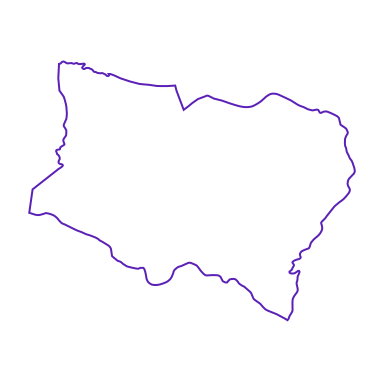 the district of Aramecina, Valle, Honduras, rotated 274°
{"feature_id": "27666195B66529854122091", "entity_name": "Aramecina", "entity_type": "district", "adm_level": 2, "iso_a3": "HND", "parent_name": "Honduras", "parent_adm1": "Valle", "projection": "robinson", "projection_center": [-87.695, 13.733], "detail": "fine", "context": "isolated", "style": "outline", "palette": "violet", "viewbox_px": 384, "rotation_deg": 274, "n_neighbors": 0, "source": "geoboundaries", "source_scale": "gbopen_adm2", "svg_char_len": 5971}
<svg xmlns="http://www.w3.org/2000/svg" viewBox="0 0 384 384"><g transform="rotate(274 192 192)"><path d="M310.5,50.4L296.0,50.7L283.9,52.7L278.0,57.5L274.4,58.9L271.1,60.0L267.9,60.8L261.5,61.7L258.3,61.7L256.0,61.5L251.7,59.9L250.4,59.5L249.6,59.4L248.9,59.5L248.3,59.8L246.7,61.1L244.8,62.2L244.1,62.4L242.3,62.5L240.5,62.5L239.6,62.4L238.3,61.7L236.4,60.5L235.7,60.2L235.0,60.0L234.3,60.1L233.6,60.2L231.2,61.3L230.8,61.4L230.5,61.4L229.8,60.8L228.9,59.4L227.4,57.6L225.4,57.2L225.1,56.6L224.9,55.2L224.5,54.2L224.0,53.7L223.4,53.6L220.3,54.9L220.1,55.1L219.9,55.7L219.2,56.4L218.2,57.1L217.0,57.6L216.3,57.7L215.6,57.7L215.2,57.6L214.4,57.1L213.2,56.8L212.4,56.8L211.8,57.0L211.2,57.5L210.9,58.2L210.6,59.2L210.6,60.2L210.3,60.7L209.9,61.2L209.4,61.3L208.8,61.0L208.2,60.5L206.5,58.5L205.8,57.4L183.5,32.8L159.9,31.1L159.5,32.8L158.5,36.8L158.3,38.2L158.2,39.7L158.3,40.9L158.7,42.3L159.6,44.9L160.5,47.0L160.8,47.8L160.7,48.8L160.5,50.4L159.9,53.2L159.3,54.8L158.9,55.9L158.4,56.8L157.2,58.5L156.2,59.7L154.4,61.3L153.2,62.6L151.9,64.1L151.5,65.0L150.8,67.2L150.1,68.9L146.5,77.7L145.4,80.7L144.2,84.9L142.6,89.0L141.7,93.0L140.7,96.3L139.9,98.8L139.0,100.8L138.6,101.6L137.4,103.1L135.9,106.4L132.9,112.1L132.4,112.9L131.7,113.7L130.6,114.6L129.4,115.2L122.9,116.6L122.4,116.8L121.4,118.1L118.2,122.6L118.0,123.2L117.7,124.7L117.4,125.5L116.8,126.5L115.3,128.5L114.4,130.2L113.4,132.0L113.0,133.5L112.1,138.8L111.7,142.5L111.7,143.5L111.8,144.0L112.5,145.4L112.8,146.5L112.9,148.3L112.9,148.7L112.7,149.0L112.2,149.5L111.4,150.0L109.1,150.9L106.1,151.8L102.7,152.6L101.7,153.0L100.5,153.6L99.4,154.3L98.4,155.4L97.6,156.7L96.9,158.1L96.7,159.6L96.6,161.3L96.7,162.6L97.2,165.3L97.6,166.6L98.6,169.2L99.8,171.7L100.4,172.9L101.4,174.2L102.5,175.4L103.5,176.3L104.5,176.9L106.0,177.7L107.8,178.3L109.5,178.9L111.2,179.2L112.2,179.5L113.4,180.3L114.8,181.7L115.8,182.8L116.3,183.7L116.7,184.5L117.3,186.3L120.8,192.8L121.3,194.2L121.3,194.9L121.2,195.7L120.5,197.9L119.4,200.9L118.9,201.9L117.5,203.3L113.7,206.5L110.9,209.6L110.4,210.4L110.0,211.1L109.9,211.8L109.8,212.6L110.4,217.2L110.7,221.4L110.7,223.2L110.5,224.4L110.0,225.5L109.3,226.4L105.2,228.9L104.5,230.5L104.2,231.3L104.1,232.0L104.1,232.8L104.3,233.4L105.3,234.0L106.7,235.2L107.3,235.6L107.5,235.9L107.9,237.4L108.2,239.3L108.2,240.3L107.9,241.4L107.2,242.4L106.3,243.4L105.6,244.1L104.4,244.9L103.7,245.7L102.3,248.0L101.2,250.7L96.2,257.3L95.7,257.7L94.8,258.3L90.3,260.6L89.6,261.0L88.4,262.7L85.3,267.8L82.2,270.9L80.3,273.1L79.6,274.4L78.9,276.0L77.6,280.0L76.4,283.8L75.9,285.2L72.3,293.3L70.8,296.2L72.3,297.2L74.9,297.9L76.3,298.6L79.0,300.0L80.3,300.5L82.0,300.5L87.6,300.0L89.6,299.9L91.4,299.9L92.7,300.1L93.7,300.5L94.9,301.0L96.8,302.1L98.9,303.5L100.0,304.0L100.8,304.2L101.7,304.3L102.7,304.2L104.5,303.7L106.8,303.0L108.1,302.7L108.7,302.7L109.4,302.8L110.3,303.1L111.8,303.3L115.0,303.3L118.0,304.4L119.7,304.8L120.2,304.7L120.6,304.5L120.8,304.2L120.8,303.8L120.7,303.4L120.5,303.1L118.6,300.7L118.1,299.9L117.9,299.3L117.7,297.9L117.7,296.3L117.9,295.6L118.3,295.0L118.8,294.8L119.4,294.8L121.3,296.9L123.5,297.7L124.7,298.3L125.8,298.8L126.3,298.8L126.6,298.7L128.3,297.3L128.8,297.1L129.1,297.1L129.8,297.7L130.7,298.8L131.7,300.8L132.6,303.4L133.1,304.2L133.6,304.7L134.0,304.9L134.5,305.0L136.1,304.3L137.2,304.0L137.7,304.0L138.9,304.4L140.3,305.3L141.0,306.4L142.1,308.3L143.7,311.9L144.1,312.5L144.3,312.7L145.2,313.1L149.3,314.1L150.4,314.7L151.9,315.8L153.1,316.7L157.0,320.6L158.2,321.7L160.2,323.0L162.4,324.0L163.9,324.4L165.3,324.4L167.0,324.1L169.3,323.2L170.0,323.0L170.6,323.1L171.4,323.5L172.1,324.1L173.9,325.7L175.6,327.1L177.4,328.1L187.4,335.0L188.6,336.1L191.9,339.6L194.5,342.6L195.4,343.6L198.6,346.2L202.3,348.7L204.2,349.3L205.3,349.3L206.4,349.0L208.4,347.6L209.9,346.9L211.5,346.6L212.5,346.7L213.7,346.8L215.1,347.2L216.2,347.7L218.5,349.6L220.5,351.2L221.6,352.2L222.3,352.5L223.3,352.8L224.1,352.9L225.0,352.8L227.1,352.3L232.7,350.0L234.6,348.9L236.1,347.5L236.8,347.0L239.9,345.4L242.5,343.8L243.5,343.4L246.0,342.8L246.9,342.5L248.3,341.7L249.1,341.5L250.7,341.2L253.3,341.0L255.5,341.0L256.6,341.2L257.8,341.6L259.1,342.1L260.3,342.8L261.1,343.1L261.9,343.3L262.8,343.1L265.3,341.8L266.0,341.2L266.8,340.1L268.2,337.7L269.0,336.2L269.4,335.6L270.6,335.1L275.5,333.6L276.1,333.3L276.8,332.7L277.3,332.1L277.9,331.1L278.9,328.9L280.6,324.5L281.6,321.3L281.7,319.9L281.5,318.4L281.0,317.0L280.1,315.7L279.9,314.8L280.0,314.2L280.2,313.9L282.4,312.4L282.7,312.1L282.8,311.7L282.9,311.0L282.8,310.3L282.0,307.4L281.8,306.3L282.1,304.7L282.6,302.0L284.6,297.1L285.2,294.6L286.2,291.9L286.9,290.5L290.3,284.2L294.0,274.7L295.1,271.8L295.6,269.8L295.8,268.7L295.8,266.7L295.7,265.3L295.4,264.1L294.8,262.7L293.9,261.4L292.8,259.9L292.1,259.1L288.3,255.5L286.9,254.0L285.2,251.8L283.4,249.2L282.2,247.2L281.6,246.0L281.2,244.7L280.7,242.4L280.4,239.8L280.4,238.0L280.6,235.4L280.9,233.3L281.7,229.3L283.1,223.4L285.3,215.4L286.7,207.5L287.0,206.7L287.8,204.8L288.9,202.1L289.2,201.0L289.2,200.3L285.1,191.4L280.6,185.9L277.6,182.8L273.4,178.0L286.2,172.1L292.2,169.4L297.0,167.8L295.9,159.6L295.3,149.9L295.9,142.1L296.1,132.3L297.9,122.6L300.4,112.8L302.9,106.2L304.0,102.4L303.9,100.7L303.3,101.1L302.9,101.2L302.6,101.1L302.1,100.7L301.8,100.2L301.8,99.8L301.9,99.3L302.0,98.8L302.8,98.0L303.3,97.1L304.3,94.6L304.3,93.4L304.0,92.3L304.2,89.3L304.5,88.7L304.8,88.1L305.0,87.3L305.0,86.3L305.3,85.6L307.1,84.0L307.4,83.4L307.7,82.3L308.5,80.5L308.5,79.3L308.3,77.9L308.2,77.5L307.7,76.9L307.3,76.2L307.1,75.7L307.1,75.3L307.6,74.4L308.1,74.0L308.3,73.8L308.9,74.0L309.8,74.5L311.6,76.1L311.9,76.1L312.2,76.0L312.4,75.8L312.5,75.4L312.4,74.3L312.0,72.9L311.7,70.3L311.7,69.9L311.9,69.4L312.5,68.6L312.6,67.9L312.4,67.1L311.9,65.9L311.7,65.2L311.7,64.8L312.2,62.8L311.9,60.6L311.6,58.8L311.8,57.9L312.3,57.0L312.9,55.8L313.1,55.1L313.2,54.5L313.0,54.0L312.8,53.4L311.1,52.0L310.7,51.2L310.5,50.4Z" fill="none" stroke="#5b21b6" stroke-width="2"/></g></svg>